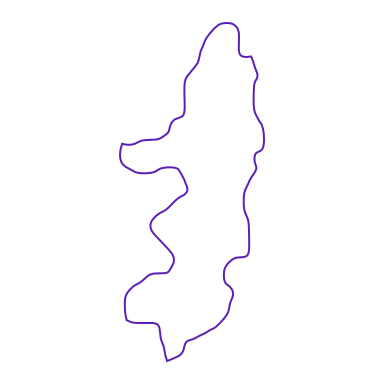 outline of El Pino, Dajabón, Dominican Republic
{"feature_id": "3306468B80571164490310", "entity_name": "El Pino", "entity_type": "district", "adm_level": 2, "iso_a3": "DOM", "parent_name": "Dominican Republic", "parent_adm1": "Dajabón", "projection": "natural_earth1", "projection_center": [-71.49, 19.399], "detail": "fine", "context": "isolated", "style": "outline", "palette": "violet", "viewbox_px": 384, "rotation_deg": 0, "n_neighbors": 0, "source": "geoboundaries", "source_scale": "gbopen_adm2", "svg_char_len": 3426}
<svg xmlns="http://www.w3.org/2000/svg" viewBox="0 0 384 384"><path d="M261.3,123.7L259.4,121.4L256.0,114.9L254.8,112.3L254.2,109.5L253.7,105.0L253.6,100.5L253.7,92.9L254.0,87.1L254.3,84.4L254.9,82.0L257.1,78.0L257.3,77.0L257.5,74.9L257.0,72.6L255.0,67.6L252.7,60.2L251.1,56.5L246.7,57.0L243.4,56.7L241.4,55.9L240.6,55.2L239.8,54.2L239.1,51.8L238.8,49.3L239.0,36.7L238.8,32.5L238.1,29.8L237.6,28.6L237.0,27.6L235.4,25.8L233.5,24.4L232.3,23.8L229.8,23.2L227.2,23.0L224.6,23.1L222.0,23.5L219.5,24.4L218.3,25.1L215.1,27.6L212.2,30.7L208.6,35.0L206.3,38.3L205.1,40.4L203.3,45.1L200.5,51.7L198.9,59.2L198.1,61.7L197.6,62.9L195.3,66.3L187.6,75.7L186.1,78.1L185.6,79.3L184.8,82.1L184.4,86.4L184.4,92.3L184.7,105.8L184.6,110.0L184.2,112.6L183.9,113.8L183.4,114.9L182.7,115.9L181.0,117.1L175.2,119.2L174.4,119.7L172.8,121.2L171.4,123.0L170.9,124.0L170.1,126.2L169.0,130.6L168.1,132.6L167.4,133.4L165.7,134.8L160.4,138.3L158.1,139.1L155.6,139.6L146.6,140.0L142.8,140.4L140.4,141.1L134.5,143.9L132.2,144.5L129.9,144.8L127.5,144.7L125.2,144.5L122.2,143.7L120.8,148.3L120.3,151.0L120.0,155.4L120.3,158.4L121.0,161.2L122.1,163.3L123.6,165.2L125.4,166.7L135.3,172.1L138.8,173.0L142.4,173.3L147.3,173.2L152.1,172.6L154.3,171.9L155.3,171.5L160.1,168.7L163.6,167.8L167.2,167.4L170.8,167.3L174.2,167.6L176.4,168.2L177.4,168.7L178.3,169.3L179.0,170.2L182.9,177.0L184.5,180.3L185.7,183.7L186.9,186.7L187.4,188.7L187.4,189.8L187.2,190.9L186.8,191.9L186.2,192.8L184.8,194.3L183.0,195.5L180.1,196.9L177.2,199.0L174.4,201.5L169.0,207.1L166.2,209.6L164.2,210.9L160.0,213.0L156.9,215.2L155.0,216.9L153.3,218.8L151.8,220.9L151.2,222.1L150.8,223.3L150.5,224.6L150.4,225.9L150.8,228.5L151.8,230.9L153.3,233.0L154.9,235.0L167.7,248.5L170.3,251.5L171.8,253.5L173.1,255.7L173.9,258.2L173.9,260.8L173.7,262.1L173.4,263.3L172.4,265.4L169.8,270.1L168.4,271.8L167.5,272.4L166.5,272.8L164.3,273.2L154.9,273.5L152.6,273.8L150.3,274.5L149.2,275.0L147.1,276.5L142.4,280.7L140.4,282.3L138.3,283.5L135.2,285.1L133.2,286.5L131.3,288.2L128.6,291.1L127.1,293.3L125.9,295.7L125.2,298.2L124.9,300.9L124.8,305.0L125.0,310.5L125.5,314.6L126.6,320.1L130.4,321.9L132.9,322.6L138.2,323.0L152.7,323.0L155.0,323.4L156.1,323.8L157.2,324.3L158.1,325.2L158.8,326.2L159.6,328.6L160.7,338.0L161.4,340.5L163.5,346.0L164.1,348.6L165.3,355.0L167.1,361.0L172.0,359.1L178.0,356.3L179.0,355.8L180.8,354.3L182.2,352.6L183.3,350.6L185.1,343.9L186.2,342.1L186.9,341.4L188.7,340.5L192.8,339.2L194.8,338.4L199.6,335.7L204.9,333.3L209.6,330.3L213.8,328.3L216.0,326.8L219.9,323.1L223.6,319.0L226.1,315.8L227.5,313.4L228.1,312.2L228.8,309.6L230.1,303.3L230.9,301.1L232.6,296.9L233.1,294.6L233.1,293.3L232.6,290.9L231.6,288.9L229.6,286.5L226.4,284.1L225.7,283.3L224.7,281.3L224.1,279.0L223.9,276.4L223.9,273.8L224.1,271.1L224.8,268.5L226.0,266.1L228.4,262.9L231.3,260.3L233.4,258.8L235.6,257.9L237.9,257.5L243.4,257.1L245.4,256.6L246.4,256.1L247.2,255.4L247.9,254.5L248.7,252.2L249.1,249.7L249.2,245.7L249.0,229.8L248.7,224.2L248.4,221.4L247.7,218.8L245.0,212.2L244.3,209.5L243.9,206.7L243.7,202.3L243.8,197.9L244.0,195.0L244.5,192.2L245.3,189.7L247.9,184.4L249.9,179.8L251.2,177.6L254.7,172.5L255.8,170.3L256.2,169.2L256.3,168.1L256.3,167.0L254.8,162.2L254.5,159.6L254.5,157.0L255.2,154.6L255.8,153.6L256.5,152.8L257.4,152.3L260.1,151.0L261.8,149.7L262.5,148.7L263.4,146.3L263.8,143.6L264.0,140.6L263.9,136.0L263.7,133.0L262.9,128.5L261.3,123.7Z" fill="none" stroke="#5b21b6" stroke-width="2"/></svg>